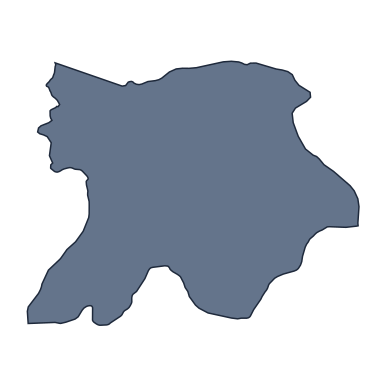 SVG path tracing the border of Môndól Kiri, rotated 269°
{"feature_id": "KHM-1794", "entity_name": "Môndól Kiri", "entity_type": "Province", "adm_level": 1, "iso_a3": "KHM", "parent_name": "Cambodia", "parent_adm1": "", "projection": "robinson", "projection_center": [106.924, 12.744], "detail": "fine", "context": "isolated", "style": "filled", "palette": "slate", "viewbox_px": 384, "rotation_deg": 269, "n_neighbors": 0, "source": "natural_earth", "source_scale": "10m", "svg_char_len": 3275}
<svg xmlns="http://www.w3.org/2000/svg" viewBox="0 0 384 384"><g transform="rotate(269 192 192)"><path d="M316.2,198.6L321.6,225.6L322.0,233.6L321.2,241.0L320.1,244.1L318.7,246.7L318.3,249.4L319.8,252.6L319.8,258.3L313.5,278.3L312.4,284.3L310.7,289.9L307.6,294.3L302.0,296.8L296.8,300.8L289.6,311.8L284.7,312.2L280.6,308.1L274.1,296.9L269.0,293.5L259.6,294.4L249.2,298.0L245.8,299.2L233.0,306.2L226.7,313.8L225.3,317.2L222.7,319.9L217.0,324.4L210.2,333.8L195.5,350.2L190.3,354.2L182.3,357.7L174.4,358.7L158.0,357.3L155.3,357.5L155.0,356.0L154.0,345.3L154.9,328.9L154.8,326.7L151.7,321.4L150.7,318.8L149.1,315.9L147.4,314.0L145.9,312.6L143.7,309.9L143.0,309.1L142.2,308.5L140.1,307.4L137.7,305.6L134.8,304.2L125.8,301.4L120.4,300.5L117.0,299.2L113.7,297.0L112.8,296.0L112.1,295.0L111.2,292.8L108.4,282.0L106.0,276.0L105.0,274.3L104.3,273.1L99.0,267.8L98.4,267.4L97.7,267.0L94.6,265.9L93.3,265.2L92.4,264.6L90.7,263.2L86.3,260.3L83.5,258.9L73.3,251.6L67.1,248.3L66.1,247.5L65.3,246.3L65.1,245.4L64.9,244.6L65.0,239.2L64.4,235.4L65.3,229.2L70.8,205.9L75.7,197.0L78.9,193.5L87.5,187.5L92.6,186.1L96.6,183.5L101.2,182.1L107.4,179.0L108.5,177.9L109.9,176.0L112.6,171.5L114.1,169.7L115.2,168.7L116.6,168.1L117.2,167.7L117.8,167.1L118.3,166.6L118.7,163.6L117.7,154.5L117.4,151.6L117.0,149.8L116.5,148.9L115.7,148.1L114.1,147.0L106.2,143.4L93.5,134.8L90.9,131.3L90.2,130.8L89.5,130.4L87.8,130.0L86.9,129.9L83.2,129.9L82.4,129.7L81.8,129.5L79.5,128.3L77.6,127.0L76.2,125.4L74.7,122.8L74.1,122.1L73.5,121.5L70.8,120.0L70.2,119.6L69.7,119.1L69.0,118.3L62.5,108.1L61.5,107.0L61.0,106.0L60.6,104.4L60.4,97.9L60.5,96.9L60.9,95.7L61.7,94.2L63.4,91.8L64.5,90.8L65.6,90.3L77.9,90.6L78.7,90.4L79.4,90.0L79.9,89.4L80.1,88.4L80.1,87.1L79.9,86.1L79.7,85.2L79.3,84.3L78.9,83.6L77.8,81.9L75.7,80.1L69.2,76.0L67.0,72.9L64.0,63.5L62.9,58.4L63.0,57.4L64.0,52.8L63.4,25.9L75.6,25.3L80.0,26.3L93.3,36.8L97.1,38.8L99.8,39.8L102.6,40.4L116.4,47.1L127.1,58.8L128.5,60.0L136.7,66.0L144.2,74.7L154.6,82.5L168.3,88.3L171.9,88.8L180.8,89.0L184.2,89.0L190.7,87.6L193.2,87.7L194.1,87.9L195.5,87.8L200.9,86.6L204.2,86.4L204.9,86.7L205.5,87.2L206.0,87.7L206.6,88.2L207.3,88.4L208.5,88.1L209.9,87.2L214.5,83.0L215.5,81.9L215.9,81.2L216.3,80.4L216.8,75.8L217.1,74.7L217.8,73.3L218.1,72.5L218.4,71.6L218.5,70.6L218.5,69.7L218.2,68.3L218.2,68.1L217.3,64.5L217.0,63.7L216.3,62.2L215.5,61.0L214.8,59.6L214.3,58.0L214.3,57.0L214.5,56.1L214.7,55.4L215.1,54.7L218.0,51.3L218.3,51.1L219.0,51.1L221.6,51.3L223.4,53.2L230.8,50.1L243.7,52.1L249.9,48.2L251.7,44.5L252.9,40.8L254.7,38.7L258.7,39.7L260.9,42.3L263.8,50.1L266.1,53.2L268.3,52.0L270.6,51.5L275.6,51.5L276.7,52.6L278.8,57.2L279.9,58.2L279.7,59.6L281.8,61.2L285.9,59.0L286.9,58.1L288.3,56.7L289.5,55.1L290.4,54.2L290.9,53.8L291.6,53.4L294.2,52.6L295.6,51.8L298.2,50.9L299.1,50.4L299.7,49.8L300.3,48.5L300.9,48.2L301.6,48.2L302.8,49.0L304.9,51.2L306.5,52.3L307.4,53.2L308.3,54.3L308.8,54.7L309.6,55.0L311.8,55.8L312.6,56.2L313.8,56.6L319.8,57.4L321.6,58.0L323.5,57.4L320.7,65.1L299.1,124.0L299.6,127.5L303.0,130.2L303.5,132.0L303.6,133.6L303.0,134.9L301.9,135.9L300.7,138.3L300.3,141.0L300.8,143.7L303.2,149.8L304.0,157.3L304.9,160.9L306.4,163.8L312.4,171.5L315.3,178.3L315.9,184.7L315.7,191.3L316.2,198.6Z" fill="#64748b" stroke="#1e293b" stroke-width="1.5"/></g></svg>